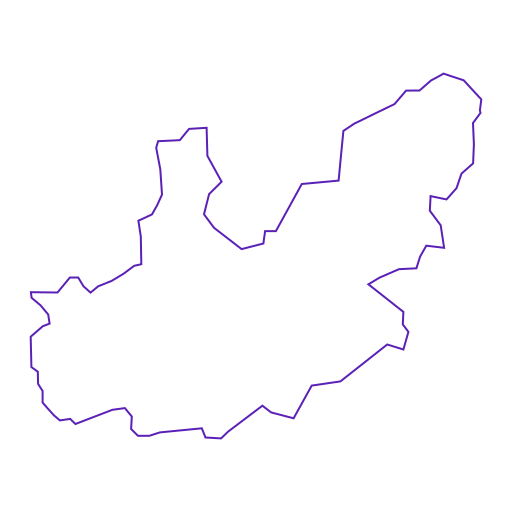 Mirditë, Lezhë, Albania
{"feature_id": "67620474B99888539945274", "entity_name": "Mirditë", "entity_type": "district", "adm_level": 2, "iso_a3": "ALB", "parent_name": "Albania", "parent_adm1": "Lezhë", "projection": "orthographic", "projection_center": [19.989, 41.852], "detail": "fine", "context": "isolated", "style": "outline", "palette": "violet", "viewbox_px": 512, "rotation_deg": 0, "n_neighbors": 0, "source": "geoboundaries", "source_scale": "gbopen_adm2", "svg_char_len": 1533}
<svg xmlns="http://www.w3.org/2000/svg" viewBox="0 0 512 512"><path d="M354.3,123.6L343.4,130.9L341.7,148.3L338.6,180.6L301.8,184.0L275.9,231.1L272.0,231.1L268.4,231.1L265.1,231.1L264.6,234.9L264.2,237.3L263.4,243.5L241.6,249.1L214.0,227.8L204.0,214.3L209.1,194.1L221.6,181.7L207.4,155.9L206.6,127.8L202.0,128.1L196.9,128.4L189.1,128.9L185.1,133.7L181.9,137.6L179.9,140.1L175.1,140.4L158.1,141.2L156.2,147.8L160.3,169.3L162.0,194.6L157.3,204.9L152.0,214.4L138.4,220.7L140.8,236.5L141.3,264.2L134.2,265.8L123.6,273.7L111.8,280.8L98.2,286.3L90.5,292.6L83.5,286.3L78.2,277.5L69.9,277.5L57.5,292.5L30.9,292.2L31.6,297.8L40.6,305.4L48.2,314.5L49.6,323.6L42.8,326.2L30.7,336.7L31.4,367.1L37.8,371.7L38.1,383.9L42.6,391.0L42.6,402.6L47.5,408.2L53.9,415.3L59.9,420.4L70.2,418.9L75.4,424.0L112.4,409.8L124.9,408.1L131.8,416.5L131.1,429.0L138.0,435.8L149.3,435.8L159.9,432.4L201.8,428.3L205.5,437.5L221.1,438.4L228.0,431.7L262.4,405.7L271.1,412.4L293.6,418.3L311.7,385.6L340.4,381.4L387.2,344.5L403.4,349.5L408.4,331.9L402.8,324.4L403.4,311.9L368.4,284.3L379.6,277.6L398.9,269.2L416.4,268.3L420.1,256.6L426.3,245.7L444.1,247.8L440.7,225.3L429.8,210.7L430.6,196.1L439.1,197.9L446.5,199.4L449.7,195.9L453.2,191.9L456.5,188.2L461.5,173.6L473.1,163.4L473.9,144.3L473.0,123.0L479.4,114.4L480.5,112.8L479.9,110.4L481.3,99.4L477.9,95.7L472.6,90.0L463.7,80.3L457.6,78.3L450.3,75.9L443.6,73.6L436.8,77.4L431.1,80.4L419.5,90.5L406.1,90.6L394.5,104.1L387.0,107.7L374.0,114.0L365.9,118.0L354.3,123.6Z" fill="none" stroke="#5b21b6" stroke-width="2"/></svg>